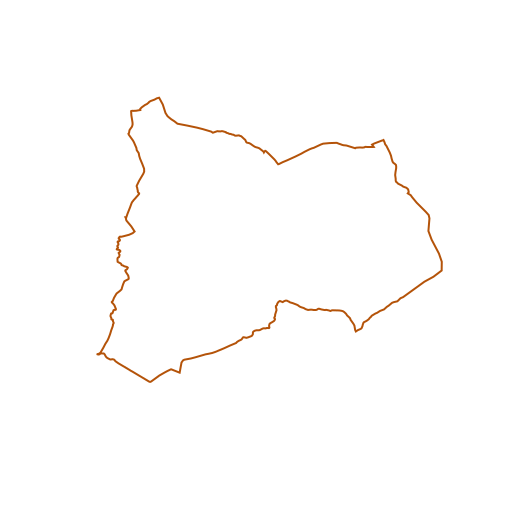 outline of Cucaita, Boyacá, Colombia, rotated 295°
{"feature_id": "7082276B93594910606067", "entity_name": "Cucaita", "entity_type": "district", "adm_level": 2, "iso_a3": "COL", "parent_name": "Colombia", "parent_adm1": "Boyacá", "projection": "natural_earth1", "projection_center": [-73.453, 5.526], "detail": "fine", "context": "isolated", "style": "outline", "palette": "amber", "viewbox_px": 512, "rotation_deg": 295, "n_neighbors": 0, "source": "geoboundaries", "source_scale": "gbopen_adm2", "svg_char_len": 6104}
<svg xmlns="http://www.w3.org/2000/svg" viewBox="0 0 512 512"><g transform="rotate(295 256 256)"><path d="M358.5,101.3L357.0,99.5L354.8,97.9L351.9,95.0L350.4,94.0L349.9,94.0L347.6,92.9L346.0,91.6L342.4,89.6L340.4,88.9L339.4,89.5L338.5,88.1L338.2,87.7L337.0,86.0L335.8,83.7L335.4,82.7L334.8,81.8L334.5,81.6L330.8,83.6L324.9,87.6L323.2,88.5L321.9,88.8L320.6,88.9L317.0,88.2L316.0,88.3L314.0,88.9L313.6,88.9L312.9,88.7L312.2,89.4L308.6,95.8L307.4,97.4L303.4,101.9L301.5,103.2L299.7,106.2L297.3,107.9L295.1,109.9L291.4,114.0L287.8,117.7L285.2,119.0L282.9,119.1L274.9,118.3L269.3,118.2L268.7,118.4L267.3,119.8L266.9,119.9L265.2,121.3L264.6,121.5L263.8,122.3L263.4,123.6L262.8,123.8L260.5,123.2L259.0,122.7L257.8,122.4L254.6,121.4L253.8,121.3L252.9,121.0L251.3,120.9L246.8,121.3L239.9,121.7L236.3,122.1L235.9,121.3L235.0,122.4L233.9,123.0L233.2,123.9L230.1,130.5L226.9,135.6L224.6,134.6L221.6,132.0L217.6,127.2L216.4,125.6L216.2,124.8L215.8,124.3L215.3,124.2L214.7,124.4L214.3,124.0L214.1,124.0L213.8,124.2L213.6,124.5L213.2,125.7L212.8,126.0L212.5,126.0L212.3,126.0L211.3,125.5L211.1,124.9L210.8,124.7L210.3,124.6L210.0,124.8L209.2,125.9L208.2,126.5L207.9,126.5L207.0,126.2L206.4,126.1L205.9,126.5L205.6,127.1L205.2,127.4L203.7,126.9L203.2,127.0L203.1,127.5L203.5,128.5L203.7,129.6L203.4,130.7L203.1,131.0L202.5,131.1L201.3,130.4L200.8,130.2L200.3,130.6L199.4,131.9L199.0,132.0L197.4,132.3L197.0,132.2L196.0,131.5L195.4,131.5L194.7,131.7L192.3,133.0L192.2,133.4L192.1,135.7L192.0,136.7L191.7,137.3L191.0,138.0L191.0,138.7L191.2,139.6L191.0,140.9L191.5,143.6L191.4,144.4L191.3,144.7L190.7,144.8L189.7,144.7L189.0,144.4L188.0,143.7L187.6,143.7L187.2,143.9L186.0,145.6L184.3,148.4L182.8,149.6L181.7,150.2L181.3,150.2L180.8,149.9L178.2,147.9L177.3,147.4L174.3,147.5L170.9,147.9L169.3,148.2L168.8,148.2L166.8,147.4L163.1,145.5L161.4,145.3L158.1,145.0L154.7,145.2L153.5,144.7L153.2,144.8L153.0,145.0L152.4,146.7L151.4,148.6L148.7,151.5L148.3,151.6L147.9,151.5L147.2,150.2L146.6,149.8L143.7,150.1L143.3,150.0L142.8,149.1L142.4,149.0L140.6,149.3L140.1,149.5L139.7,149.8L138.6,151.1L137.5,151.7L137.4,152.0L137.7,153.0L137.6,153.3L136.5,153.9L135.9,154.5L135.5,155.1L134.8,155.4L133.5,155.3L132.9,155.6L131.2,155.9L127.4,156.2L125.5,156.5L123.3,156.8L119.2,157.1L116.4,157.1L112.9,156.6L108.3,156.4L102.8,155.9L101.7,155.4L101.0,154.9L100.2,154.0L100.0,153.6L99.8,153.0L100.0,154.5L100.3,155.2L100.9,155.8L101.6,156.1L102.0,156.4L102.4,157.1L103.3,159.2L103.2,159.7L102.9,160.4L101.4,162.4L100.9,163.6L100.7,164.6L100.6,167.5L100.9,168.2L101.8,169.5L102.1,170.9L102.0,171.6L101.3,172.9L101.2,173.3L100.6,176.6L99.3,189.6L99.1,190.8L99.0,192.8L97.0,212.2L97.1,213.1L97.4,213.6L98.1,214.1L106.8,218.9L111.9,222.5L114.3,224.3L117.2,226.7L117.4,226.9L117.5,227.5L118.0,236.1L128.0,233.5L130.6,234.0L131.4,234.6L131.9,235.1L135.6,240.3L138.6,243.9L145.6,251.9L147.3,254.3L149.6,257.3L151.8,259.6L158.7,265.9L164.1,270.5L168.7,274.7L170.2,275.2L171.8,276.2L173.7,277.8L174.4,278.2L176.6,278.6L177.0,278.8L177.3,279.6L177.8,281.9L179.0,283.3L181.4,285.6L182.0,286.0L182.5,286.1L183.9,286.2L185.4,285.5L186.2,285.5L186.6,285.7L187.7,286.4L188.9,287.8L189.7,289.6L190.4,290.7L192.8,292.5L193.6,293.3L193.9,293.9L194.5,295.4L195.3,296.2L196.2,298.3L196.5,298.4L197.0,298.3L197.5,297.8L198.7,297.2L200.3,297.0L201.2,297.4L203.0,298.7L204.8,299.8L205.2,299.9L206.4,300.0L206.8,299.9L207.1,299.6L207.5,298.8L207.9,298.6L209.1,298.7L209.8,298.6L211.0,298.1L215.5,297.5L216.7,296.8L218.1,295.6L219.0,295.2L219.4,295.3L220.0,295.7L220.7,295.7L221.1,295.5L221.8,295.4L223.7,295.7L224.2,295.9L225.3,296.7L225.5,299.7L226.7,300.4L227.9,301.5L228.3,302.1L228.6,303.1L228.5,304.8L228.6,305.3L228.4,305.9L228.4,306.7L228.8,309.1L229.1,313.5L229.1,314.8L228.8,315.9L228.6,317.5L228.7,318.9L229.0,321.0L229.0,321.8L228.8,323.3L229.1,326.0L230.3,327.9L230.9,329.2L231.5,331.3L232.5,333.3L233.1,333.9L234.4,334.7L234.7,335.1L234.9,335.6L235.2,337.8L235.9,340.6L236.2,341.5L236.8,342.2L237.0,342.9L237.5,345.2L237.6,346.6L237.7,346.8L238.7,347.6L239.2,348.4L241.8,354.4L242.4,356.4L242.7,358.0L242.5,359.6L241.9,361.4L241.6,362.2L240.6,363.7L240.0,365.7L239.3,367.6L238.2,368.6L235.7,373.0L234.5,374.6L230.9,377.1L229.8,378.4L231.8,379.6L233.7,381.3L234.5,381.9L235.2,382.2L237.6,382.1L238.8,381.8L241.0,381.6L241.6,381.8L243.9,383.6L246.3,384.9L248.2,385.3L249.4,385.9L250.7,386.1L254.3,388.5L255.7,389.8L258.6,391.6L261.7,394.6L265.3,396.1L267.0,397.2L271.1,399.1L272.5,400.5L274.7,403.3L278.8,404.8L280.9,406.7L303.9,419.5L312.2,425.6L321.3,430.4L329.3,426.8L335.5,420.8L345.0,408.3L351.5,401.7L363.4,397.3L366.1,395.2L367.8,391.2L372.2,379.1L375.3,372.6L376.5,370.5L376.9,367.1L378.5,367.4L380.7,365.7L381.4,363.5L381.1,360.1L381.5,358.3L381.6,354.2L382.2,352.8L382.5,351.5L383.3,350.8L385.1,349.9L388.2,347.9L390.9,347.0L394.9,345.9L396.6,345.1L397.7,344.3L398.2,342.8L398.5,341.1L399.2,339.9L401.8,337.6L403.9,336.0L406.3,333.5L410.9,327.7L411.8,325.9L413.5,324.3L415.0,322.5L414.1,321.8L414.0,321.5L407.9,315.6L406.0,314.1L404.6,316.6L404.1,315.7L402.0,311.2L401.1,308.9L400.2,308.2L399.2,306.6L398.3,304.3L396.7,301.4L396.3,300.8L395.6,300.4L394.4,291.5L394.1,290.5L393.4,288.6L393.1,287.0L393.0,285.3L392.8,283.8L392.7,281.4L391.8,279.6L389.4,274.9L386.2,269.4L384.5,267.7L379.0,263.1L378.4,262.6L377.2,261.2L375.4,259.5L371.0,256.0L367.9,253.8L362.8,249.7L355.9,243.8L352.4,240.6L349.1,238.0L348.5,237.3L349.9,234.5L350.4,233.8L351.3,231.9L353.9,224.7L355.2,220.8L355.2,219.9L354.2,219.5L353.2,219.4L353.7,218.8L354.0,217.8L355.0,213.5L354.9,211.7L354.6,210.2L354.5,208.6L354.9,206.0L355.3,204.0L355.4,202.9L355.4,202.1L354.9,199.9L355.0,199.3L355.2,198.9L356.7,197.2L357.1,195.7L358.3,192.0L358.1,191.0L358.1,189.5L356.5,186.9L356.2,185.9L356.4,184.4L356.0,183.1L355.9,181.4L355.4,180.2L355.5,179.0L355.2,177.2L355.2,176.8L355.5,176.4L355.0,173.1L354.7,172.2L354.0,171.3L353.6,170.4L353.1,169.3L353.0,168.6L352.5,167.9L349.5,164.8L349.8,162.8L348.5,154.1L347.4,148.3L345.2,138.8L342.7,128.9L343.6,125.1L344.1,121.4L344.9,118.2L345.4,116.6L347.4,113.5L353.9,107.5L358.5,101.3Z" fill="none" stroke="#b45309" stroke-width="2"/></g></svg>